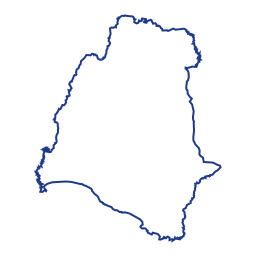 the district of Lebak, Banten, Indonesia
{"feature_id": "22746128B73767534141998", "entity_name": "Lebak", "entity_type": "district", "adm_level": 2, "iso_a3": "IDN", "parent_name": "Indonesia", "parent_adm1": "Banten", "projection": "robinson", "projection_center": [106.147, -6.643], "detail": "fine", "context": "isolated", "style": "outline", "palette": "blue", "viewbox_px": 256, "rotation_deg": 0, "n_neighbors": 0, "source": "geoboundaries", "source_scale": "gbopen_adm2", "svg_char_len": 5744}
<svg xmlns="http://www.w3.org/2000/svg" viewBox="0 0 256 256"><path d="M192.7,34.6L191.5,34.1L191.0,34.9L190.4,34.1L190.0,34.5L189.7,34.0L189.1,34.0L189.0,33.4L188.1,33.6L188.3,31.8L186.8,32.0L186.2,31.0L186.5,30.1L184.1,28.7L175.6,29.7L173.4,28.6L168.0,31.0L167.2,30.3L162.5,30.5L162.1,28.7L160.8,28.1L160.1,26.5L158.7,25.7L158.3,26.1L156.5,25.9L156.7,24.8L155.5,23.3L152.9,23.6L152.7,22.4L151.8,21.6L151.7,20.4L150.7,19.8L146.5,21.4L146.7,22.5L146.1,22.8L144.1,22.2L144.2,21.4L146.0,20.5L146.0,19.2L142.1,18.5L141.7,18.8L141.8,20.8L140.2,21.3L139.0,20.5L138.3,22.8L136.7,23.4L134.3,22.2L134.5,20.3L135.3,19.3L133.9,19.0L133.8,17.5L132.8,16.5L126.5,15.9L125.2,15.4L124.1,16.0L122.2,15.7L119.8,17.2L119.4,18.0L118.7,17.7L118.6,18.3L117.6,18.4L117.3,18.9L118.1,20.0L117.4,22.3L117.8,23.6L115.8,25.6L116.0,27.3L115.1,27.0L113.0,27.8L111.6,27.4L110.0,28.4L110.6,34.0L109.7,36.3L109.8,37.7L108.7,37.8L108.2,37.3L108.9,39.4L108.7,41.2L109.7,42.1L110.1,43.3L108.9,45.8L107.5,46.1L107.6,48.0L106.4,50.5L106.3,53.4L105.4,55.1L105.2,57.1L103.4,58.6L103.1,57.9L101.9,59.6L100.0,59.8L97.8,58.5L97.0,55.7L95.9,55.4L95.6,54.6L94.0,54.4L93.8,54.8L93.2,53.9L92.1,53.8L90.6,55.3L86.4,55.0L84.4,58.1L81.0,61.1L80.6,64.3L79.5,65.3L78.6,68.1L76.7,69.5L76.1,72.0L76.4,74.5L76.0,75.1L74.6,75.1L74.0,75.8L71.7,81.6L71.2,81.3L70.5,81.8L69.2,84.1L71.6,88.1L70.9,88.9L70.3,90.6L68.6,90.2L69.6,95.6L67.9,96.5L67.0,96.1L66.6,96.5L67.2,97.9L66.7,99.5L65.6,100.4L66.0,102.1L65.6,103.5L63.9,105.3L62.4,105.0L60.6,108.9L59.7,109.4L58.9,108.9L57.7,112.0L57.2,112.2L56.6,113.6L55.4,114.4L55.2,118.5L54.5,118.6L53.9,119.5L54.8,119.7L54.7,121.6L55.1,122.2L56.9,122.4L57.8,123.6L57.7,125.7L58.4,128.6L57.9,129.3L58.0,132.7L56.8,134.3L56.1,137.1L56.6,141.8L56.1,142.8L55.0,143.1L55.0,143.9L53.6,145.2L53.7,148.1L52.3,149.2L50.7,152.0L49.0,152.1L48.9,151.5L47.1,151.3L47.0,151.8L46.5,151.9L46.9,151.6L46.3,150.6L46.5,149.9L47.6,150.1L48.8,149.9L49.7,148.7L48.1,150.0L47.3,150.0L47.8,149.5L47.8,149.2L46.2,149.9L45.8,147.9L46.7,147.9L46.9,147.6L45.6,147.6L45.4,148.8L45.8,148.9L46.0,151.0L45.0,150.4L44.7,148.0L44.6,149.6L44.0,149.3L44.5,149.9L44.1,149.8L44.2,150.2L43.7,149.8L43.8,148.3L43.5,147.9L43.7,148.4L43.0,149.1L43.4,149.5L42.8,149.7L43.8,150.1L43.7,150.8L44.8,151.1L43.4,154.0L43.3,155.6L44.1,155.6L44.2,157.2L43.7,157.3L44.0,158.0L43.5,158.3L43.6,158.8L43.1,158.8L42.6,159.5L42.9,160.1L42.3,160.2L42.7,160.7L42.0,160.5L41.6,161.9L42.1,162.4L41.6,162.4L42.0,163.3L41.1,163.5L41.7,164.1L41.1,165.3L41.4,166.3L40.8,165.9L39.6,167.2L39.2,166.8L39.3,167.7L38.6,167.5L38.6,168.2L38.1,168.0L38.3,168.6L37.1,169.7L36.7,171.5L35.5,171.6L35.8,172.3L36.8,172.5L36.6,174.4L37.9,173.6L37.9,175.7L38.8,175.0L39.7,175.9L38.7,176.8L39.7,178.8L39.2,179.5L38.4,179.4L38.8,180.4L37.2,179.9L37.4,180.9L38.0,181.9L38.9,181.2L40.1,181.9L39.0,183.2L39.8,184.6L40.3,184.5L40.5,183.1L42.6,184.1L41.2,184.9L41.3,186.4L42.1,186.8L41.9,187.3L40.3,187.3L40.4,188.3L41.1,188.6L41.3,189.1L40.3,191.7L42.3,192.0L44.9,190.2L46.0,191.1L46.3,190.3L44.3,188.4L44.1,186.7L44.6,185.8L47.4,183.8L52.3,182.3L65.8,181.5L71.8,182.0L81.1,184.2L81.9,183.9L83.5,185.1L86.0,185.9L91.0,188.6L91.8,189.6L92.0,190.8L94.7,194.0L97.6,196.2L100.2,201.5L102.0,202.1L102.4,202.9L103.1,203.0L103.3,203.8L104.1,203.8L105.4,204.9L106.3,204.8L107.1,205.5L111.6,207.2L112.8,209.0L115.4,210.3L117.1,210.2L119.6,212.0L121.6,211.9L121.9,212.6L125.5,212.4L129.7,213.6L140.2,219.4L142.3,221.8L142.7,224.7L141.0,225.7L140.4,226.7L141.3,227.8L142.3,228.6L144.3,228.2L146.0,228.9L147.0,230.5L147.7,230.7L147.5,231.7L147.9,232.7L151.8,234.5L152.7,232.7L157.8,234.0L159.9,236.5L159.2,239.4L160.5,239.6L163.0,238.6L163.8,236.9L164.6,237.3L164.6,238.2L166.1,238.2L167.2,236.7L167.8,236.6L169.5,237.7L169.5,240.1L172.2,239.1L173.0,239.7L172.7,240.6L174.0,239.9L174.9,237.8L175.2,238.6L176.1,238.9L177.5,237.6L178.2,238.1L178.2,239.1L179.9,239.3L180.0,237.5L181.0,237.2L181.5,237.9L183.1,236.1L183.5,236.2L183.5,235.5L184.5,234.1L184.1,233.8L184.2,232.8L183.5,232.6L183.3,231.8L183.5,229.4L184.0,229.1L183.1,228.0L183.9,227.9L183.7,226.7L184.0,226.3L182.4,222.5L182.9,221.7L182.8,219.5L184.7,218.4L184.9,216.9L185.3,216.8L185.2,215.5L184.7,215.0L184.5,212.0L183.1,210.7L183.3,209.4L185.7,208.1L187.0,204.9L190.7,203.0L190.6,201.1L192.3,199.5L192.1,198.3L193.2,198.1L193.9,197.3L194.2,195.7L193.6,195.1L194.2,193.2L193.9,192.1L195.1,189.9L195.0,187.8L195.7,186.4L195.2,185.6L195.6,184.6L195.3,183.8L196.5,183.5L196.9,182.5L198.3,183.4L199.2,182.7L200.0,181.7L199.8,180.5L201.2,178.7L202.5,178.1L203.0,178.5L204.3,177.5L204.9,177.8L205.2,177.0L205.6,177.5L205.7,176.8L207.4,176.0L209.2,175.9L209.5,176.4L210.0,176.0L210.0,175.2L212.5,174.7L215.2,171.6L217.5,170.4L220.5,167.4L220.0,165.7L217.2,164.8L213.1,162.6L203.8,162.0L202.9,157.6L200.3,155.7L199.4,154.4L199.6,150.5L198.9,148.2L195.3,144.3L193.4,140.3L193.3,137.4L194.0,131.0L193.7,122.2L194.0,121.7L193.3,120.2L192.9,117.7L193.7,111.3L192.1,104.5L189.8,101.6L191.8,98.6L189.7,96.7L187.7,93.6L187.4,90.2L186.6,89.6L186.2,87.9L186.9,81.5L188.0,80.3L188.8,77.3L188.5,72.3L187.4,70.1L186.6,69.7L186.6,69.0L185.6,68.6L185.6,67.7L187.2,68.1L192.2,66.6L196.4,66.9L197.1,65.3L196.6,65.0L196.1,65.4L195.8,65.0L196.7,64.1L197.4,64.0L198.2,62.2L199.3,61.8L198.7,60.6L200.0,60.0L199.2,59.5L200.5,59.5L199.1,57.8L198.2,58.3L197.7,58.1L198.2,57.1L200.3,56.9L200.3,55.4L199.2,55.1L199.5,53.2L198.4,54.4L197.6,53.5L197.5,52.5L196.2,52.4L195.9,50.9L196.9,50.5L197.0,49.9L196.4,50.3L194.8,49.2L195.0,48.6L196.0,49.2L195.7,48.3L195.1,47.9L195.9,47.2L194.7,46.3L194.2,43.7L192.9,43.6L193.9,42.6L193.2,41.4L194.2,40.5L193.6,39.3L193.9,37.5L193.2,37.3L192.8,36.4L193.5,35.4L192.4,35.2L192.7,34.6ZM146.8,231.5L146.9,231.0L146.9,230.6L146.7,231.0L146.8,231.5Z" fill="none" stroke="#1e3a8a" stroke-width="2"/></svg>